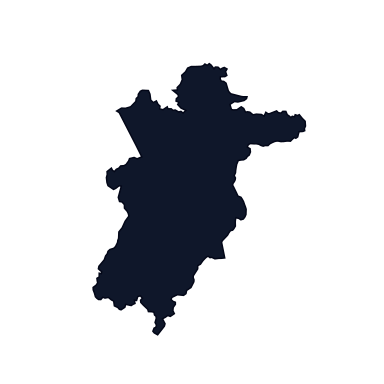 the district of Jaguari, Rio Grande do Sul, Brazil, rotated 334°
{"feature_id": "56859067B1687281772435", "entity_name": "Jaguari", "entity_type": "district", "adm_level": 2, "iso_a3": "BRA", "parent_name": "Brazil", "parent_adm1": "Rio Grande do Sul", "projection": "natural_earth1", "projection_center": [-54.631, -29.469], "detail": "fine", "context": "isolated", "style": "filled", "palette": "ink", "viewbox_px": 384, "rotation_deg": 334, "n_neighbors": 0, "source": "geoboundaries", "source_scale": "gbopen_adm2", "svg_char_len": 3953}
<svg xmlns="http://www.w3.org/2000/svg" viewBox="0 0 384 384"><g transform="rotate(334 192 192)"><path d="M270.1,91.2L267.7,89.9L265.8,90.9L264.8,86.2L263.8,84.2L261.2,84.8L259.7,82.6L257.4,83.4L255.2,83.0L249.3,80.4L246.3,78.9L242.4,78.7L238.9,81.1L233.9,82.6L232.5,86.8L228.7,90.1L224.5,91.6L223.6,93.9L219.3,92.2L222.2,98.5L221.4,100.6L218.9,101.2L217.5,103.3L219.6,105.7L217.5,107.1L218.9,111.7L222.3,116.0L218.6,117.1L217.4,114.7L215.1,114.2L212.9,111.0L210.6,110.2L209.8,108.1L206.8,106.7L207.1,104.6L202.0,105.3L199.3,103.1L200.9,100.8L199.9,98.2L199.9,94.5L196.5,94.7L195.2,91.3L197.1,85.6L197.3,81.7L192.0,78.8L189.7,78.8L186.6,80.6L185.4,82.7L182.9,83.5L181.2,86.0L174.3,88.5L172.2,88.2L168.9,87.6L165.4,85.7L159.8,86.2L161.4,88.7L162.2,125.8L162.3,138.4L157.2,138.1L155.1,135.6L150.5,134.6L148.7,136.3L144.8,138.4L142.4,138.5L139.3,137.3L136.6,138.5L134.0,138.4L131.1,139.6L130.0,137.6L130.0,135.2L124.6,136.4L123.5,139.1L121.4,141.5L119.7,146.3L119.3,149.5L122.6,155.3L125.0,155.3L129.2,154.4L131.0,155.8L123.4,164.5L122.7,168.8L124.7,170.2L125.7,173.7L124.2,176.9L125.3,181.0L125.3,183.4L124.7,186.0L119.2,188.9L113.5,193.6L108.8,195.8L105.7,201.5L104.1,203.0L103.0,204.7L99.4,207.5L97.0,208.3L93.0,207.7L90.5,208.5L88.9,210.3L86.3,211.6L83.4,214.5L75.8,217.9L74.2,220.0L75.0,222.1L75.9,224.1L74.7,225.6L73.0,224.3L71.3,227.7L68.7,227.9L67.9,230.2L67.4,232.3L65.0,233.7L61.3,234.4L60.3,236.7L60.0,240.1L59.3,243.8L59.9,245.8L60.9,247.7L62.9,248.7L65.7,247.5L67.3,249.2L70.6,250.1L72.3,253.7L73.8,255.7L72.3,260.3L74.7,263.3L75.3,265.6L76.6,266.8L81.1,266.2L83.1,263.9L85.3,265.6L87.6,267.4L89.9,267.1L91.9,267.2L92.8,264.0L94.6,265.2L97.4,262.2L100.1,262.7L100.9,265.7L98.3,266.7L97.6,268.8L98.7,272.4L100.8,278.0L100.4,280.4L103.2,281.9L105.1,283.3L104.4,286.1L105.2,288.0L104.4,290.0L101.6,293.1L101.7,296.0L100.1,297.8L98.3,297.7L95.8,300.0L96.3,302.1L98.5,305.3L108.3,300.5L110.0,298.6L109.9,293.0L112.9,292.9L116.1,292.4L118.0,294.3L122.8,293.6L122.8,290.3L124.5,287.5L127.8,285.7L128.7,283.8L127.0,282.0L126.0,279.4L127.7,277.9L133.8,277.9L139.1,281.2L142.0,280.7L144.0,278.1L149.2,277.4L154.3,273.5L155.3,271.8L155.5,269.6L156.4,267.9L163.4,263.6L164.9,260.7L167.9,260.6L170.2,259.3L171.9,258.4L174.3,257.5L176.9,256.7L178.5,257.0L179.4,258.9L181.1,259.4L183.3,262.1L187.1,263.4L189.2,264.4L192.5,265.6L196.5,250.3L197.8,249.1L205.0,246.4L207.3,244.8L209.6,243.6L211.8,244.1L213.4,243.4L216.0,241.7L217.8,237.8L219.0,235.8L220.4,234.4L222.7,236.5L223.7,238.4L226.3,238.8L228.6,237.6L230.6,235.9L233.1,231.2L233.5,228.7L233.7,226.2L234.1,223.2L234.0,220.6L233.7,218.2L231.5,215.8L231.6,212.2L231.6,209.0L231.6,205.7L231.5,203.6L232.7,202.2L234.6,201.2L236.1,200.0L237.2,198.4L237.1,195.8L239.5,193.8L240.8,191.6L242.6,189.0L244.3,186.7L245.8,185.4L247.3,184.0L249.7,184.6L252.6,185.7L255.3,185.5L257.4,184.3L259.6,183.9L262.1,181.6L263.2,178.5L261.4,176.1L262.8,174.5L265.1,173.9L267.0,174.8L268.9,175.9L271.0,176.9L273.0,178.4L274.5,180.5L276.1,182.0L278.1,182.3L280.6,183.6L283.0,182.8L285.3,182.7L288.0,182.8L289.8,183.1L291.7,183.9L293.9,185.6L296.3,186.7L299.6,187.8L301.2,188.6L302.8,189.5L304.9,188.7L307.7,187.9L308.9,189.2L311.2,188.8L312.9,186.7L314.7,184.7L316.5,185.5L318.3,186.2L320.2,186.3L320.8,184.3L322.9,182.5L324.7,178.0L323.4,174.2L322.3,169.5L320.6,169.6L318.6,167.8L317.1,169.4L315.3,167.9L313.6,168.5L312.6,166.2L311.5,164.3L311.7,160.7L309.0,159.3L306.6,160.1L304.4,158.6L303.6,156.2L296.1,155.6L294.6,155.0L293.3,152.7L290.1,155.4L288.3,152.7L283.9,150.2L280.7,149.4L279.0,145.6L277.0,144.2L275.1,143.7L275.1,139.6L273.6,137.0L268.4,137.8L265.2,136.4L263.6,135.1L264.5,129.9L269.8,129.3L272.7,131.2L278.9,132.6L281.9,132.0L283.2,130.5L279.7,128.8L278.1,127.7L270.0,120.8L269.3,118.9L269.0,116.9L270.3,109.1L269.0,106.5L266.9,105.2L266.9,102.7L268.1,100.9L272.1,102.7L274.4,102.5L274.9,98.5L277.4,96.8L275.6,94.2L273.5,94.0L271.3,94.3L270.1,91.2Z" fill="#0f172a" stroke="#020617" stroke-width="1.5"/></g></svg>